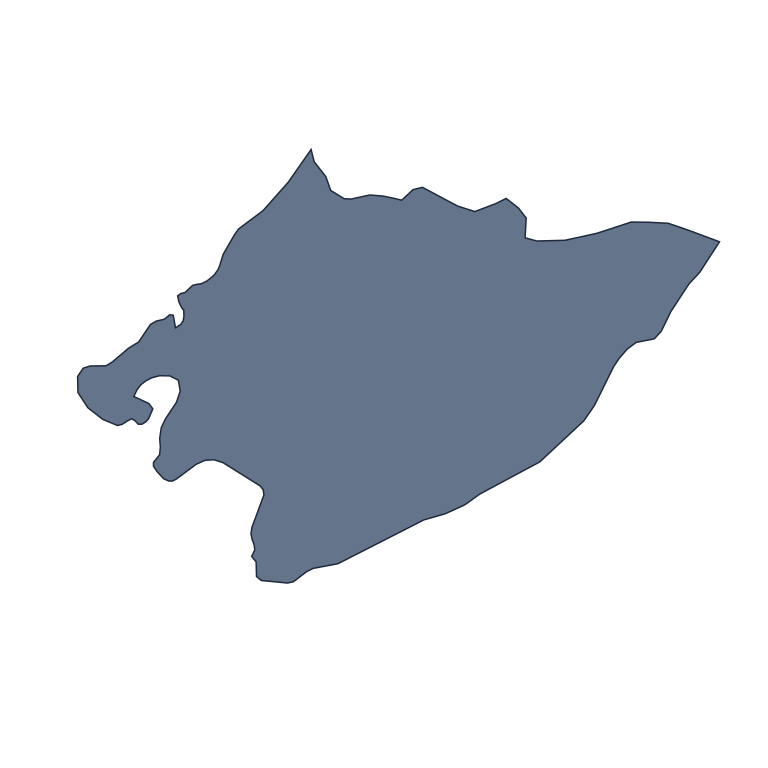 the Regional Council of Wellington, rotated 11°
{"feature_id": "NZL-5469", "entity_name": "Wellington", "entity_type": "Regional Council", "adm_level": 1, "iso_a3": "NZL", "parent_name": "New Zealand", "parent_adm1": "", "projection": "orthographic", "projection_center": [175.21, -41.147], "detail": "fine", "context": "isolated", "style": "filled", "palette": "slate", "viewbox_px": 768, "rotation_deg": 11, "n_neighbors": 0, "source": "natural_earth", "source_scale": "10m", "svg_char_len": 1797}
<svg xmlns="http://www.w3.org/2000/svg" viewBox="0 0 768 768"><g transform="rotate(11 384 384)"><path d="M686.2,180.4L672.5,214.4L664.3,227.5L651.9,257.8L646.1,279.3L640.7,288.1L623.5,295.1L616.1,303.3L610.1,313.7L606.1,323.2L594.7,364.8L587.2,382.0L551.8,430.7L499.1,473.7L486.3,487.2L469.0,499.6L448.9,509.9L373.2,569.1L349.7,578.5L344.1,582.7L332.7,595.5L327.2,597.8L301.0,600.3L295.6,597.3L292.4,583.0L287.0,578.5L288.8,571.6L287.2,566.6L284.3,561.9L282.0,556.3L281.7,549.9L287.3,515.9L285.6,510.9L281.9,507.7L240.9,491.9L231.6,490.8L222.8,493.1L214.9,498.7L198.1,517.1L194.8,519.7L191.2,520.3L185.7,519.0L178.1,513.4L173.4,508.7L172.7,504.9L177.2,496.2L176.5,488.6L174.2,480.3L173.7,469.1L176.3,459.4L183.8,441.5L185.3,429.8L181.4,419.5L172.3,416.9L162.1,418.7L155.0,422.1L149.6,426.4L145.6,431.0L142.7,436.6L140.8,444.0L156.9,448.0L161.8,452.5L159.6,463.0L157.4,466.6L154.2,469.6L150.5,470.4L146.7,467.6L143.0,466.2L139.1,469.3L134.9,473.4L130.4,475.6L114.7,472.4L97.8,463.8L85.2,450.8L81.8,435.0L85.7,425.9L92.0,422.4L107.6,419.2L113.2,414.1L126.4,397.6L135.1,389.6L143.4,370.1L148.6,365.6L156.1,362.3L160.5,356.9L164.0,356.7L168.6,368.6L173.0,364.5L174.8,360.4L174.7,355.7L173.3,349.6L171.4,348.4L167.2,342.9L164.6,336.9L167.3,334.0L171.3,332.1L177.3,323.7L181.4,321.8L185.4,320.5L189.8,317.3L193.7,313.1L196.7,309.0L199.3,303.3L200.2,298.8L201.4,287.3L208.6,266.4L211.7,259.5L232.1,237.0L251.5,204.2L267.7,167.7L273.1,179.2L287.3,191.5L294.8,204.2L309.6,209.7L316.5,208.7L333.9,201.2L347.0,199.7L357.0,199.8L366.3,200.2L375.4,187.7L384.2,183.6L422.4,195.3L440.2,197.4L459.3,185.6L468.5,178.5L482.4,185.6L491.9,193.9L494.6,213.5L506.6,214.5L534.2,208.4L563.7,195.7L595.9,177.8L613.7,174.6L632.3,172.0L653.8,175.0L686.2,180.4Z" fill="#64748b" stroke="#1e293b" stroke-width="1.5"/></g></svg>